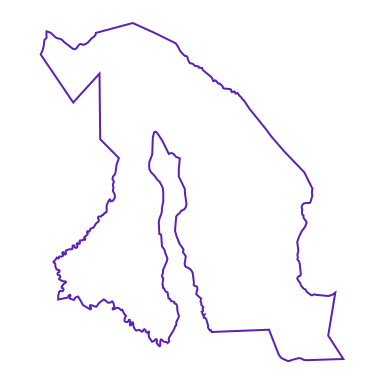 the district of Lucerna, Ocotepeque, Honduras
{"feature_id": "27666195B25716596314577", "entity_name": "Lucerna", "entity_type": "district", "adm_level": 2, "iso_a3": "HND", "parent_name": "Honduras", "parent_adm1": "Ocotepeque", "projection": "equal_earth", "projection_center": [-89.0, 14.594], "detail": "fine", "context": "isolated", "style": "outline", "palette": "violet", "viewbox_px": 384, "rotation_deg": 0, "n_neighbors": 0, "source": "geoboundaries", "source_scale": "gbopen_adm2", "svg_char_len": 5906}
<svg xmlns="http://www.w3.org/2000/svg" viewBox="0 0 384 384"><path d="M312.5,188.8L304.3,172.3L284.2,151.4L271.6,136.8L266.1,129.4L249.5,108.8L243.9,100.4L242.4,99.3L241.3,97.4L239.6,95.9L237.6,93.0L236.5,93.5L235.5,93.5L235.1,92.2L234.3,91.5L233.4,92.0L232.5,91.6L231.9,92.0L231.2,90.9L230.9,89.5L230.5,89.2L223.5,88.4L223.0,87.9L222.7,86.4L219.7,83.5L218.8,83.8L218.2,83.5L215.9,80.6L214.9,80.3L214.0,81.2L213.1,80.9L212.4,78.8L211.6,77.3L203.5,70.6L202.5,69.4L202.1,68.0L198.9,67.6L198.6,66.5L194.8,65.8L193.2,64.1L191.4,63.4L189.8,63.2L187.7,59.1L187.5,57.4L187.1,56.5L186.5,56.1L185.0,56.0L181.7,52.9L179.9,50.5L178.0,46.7L175.7,43.3L155.0,33.1L132.7,23.0L95.9,32.9L95.4,35.1L93.8,36.9L91.8,38.1L88.3,42.2L85.7,44.0L83.9,44.7L82.2,44.6L80.9,44.0L79.3,44.4L76.5,48.2L74.9,49.2L72.9,48.8L64.3,42.2L62.2,40.0L60.2,38.9L57.3,38.2L55.6,37.4L50.7,32.8L46.6,31.3L46.4,34.9L46.6,36.5L46.4,37.9L44.4,40.1L43.8,45.4L42.9,49.5L40.7,54.5L73.2,102.5L99.5,73.6L100.2,139.2L118.9,158.1L116.5,164.8L115.9,170.2L115.2,173.4L114.6,174.8L113.1,176.3L112.6,178.2L112.6,179.7L113.6,180.9L113.9,181.7L113.7,182.5L112.8,184.2L113.4,187.8L112.9,190.9L114.5,194.1L114.9,195.9L114.9,197.4L113.6,199.9L112.1,201.2L110.7,201.3L110.3,200.7L110.3,199.7L109.9,199.4L108.7,200.7L106.6,205.4L106.7,210.1L106.4,212.3L104.6,212.9L103.3,214.9L102.0,215.1L101.0,216.6L99.1,216.4L98.3,216.8L98.0,218.2L99.0,220.1L98.6,221.3L95.9,223.6L93.6,227.5L90.6,228.6L89.4,231.5L88.8,231.7L87.7,231.2L87.2,231.6L87.0,232.4L87.7,233.6L87.6,234.4L84.2,237.3L84.3,238.1L85.2,238.8L85.1,239.7L84.5,239.9L83.4,239.5L81.9,240.5L80.2,240.3L79.6,241.1L79.9,242.8L79.5,243.8L78.8,244.0L77.6,243.1L77.0,243.4L76.7,244.6L77.5,246.3L77.1,247.4L76.1,247.9L75.3,247.8L74.8,247.2L74.2,245.6L73.1,245.4L72.5,246.2L72.6,248.1L72.1,249.1L68.7,249.4L66.1,250.4L65.6,251.5L66.0,253.6L65.3,254.5L64.2,254.1L63.5,252.3L62.7,252.2L62.2,253.3L63.2,254.7L63.0,255.8L61.4,256.6L59.3,256.5L58.9,257.0L58.8,258.1L58.3,258.5L56.8,257.7L55.4,259.9L53.6,261.5L53.6,262.5L54.7,262.9L55.2,263.5L55.4,266.7L56.5,269.1L57.3,269.9L58.9,269.9L59.5,270.7L59.4,271.9L57.9,272.6L57.4,273.7L58.0,275.0L59.5,275.3L60.1,276.1L60.2,277.2L59.2,278.4L59.2,279.3L61.4,280.6L63.5,281.3L65.5,281.4L66.0,282.0L65.7,282.6L63.5,284.1L61.6,286.8L61.8,287.9L62.9,288.2L63.4,288.8L63.5,289.8L63.2,290.7L62.2,291.3L60.3,290.8L59.1,291.9L58.3,295.5L58.2,299.5L67.6,297.6L68.3,296.9L68.9,295.3L69.7,294.8L70.2,295.1L70.5,295.8L69.5,297.3L69.7,298.5L73.5,299.9L74.3,299.6L74.8,298.2L75.6,297.4L78.2,296.6L83.0,305.1L90.2,309.4L90.8,309.1L91.1,308.3L90.8,307.6L89.9,306.5L89.9,305.8L90.2,305.2L91.4,305.2L96.0,306.8L97.6,305.2L99.0,303.0L103.6,299.5L104.3,299.7L108.2,302.8L110.3,302.6L111.8,301.5L112.4,301.4L113.5,303.3L114.3,306.7L113.9,307.7L112.7,308.3L112.8,309.4L113.4,309.4L117.3,307.7L119.3,308.4L121.0,310.2L122.3,309.8L124.2,313.9L125.9,315.6L125.9,316.2L125.0,317.3L124.7,318.6L124.5,320.4L124.9,321.5L126.2,322.0L127.5,322.0L128.3,321.4L128.9,319.9L129.7,319.9L130.1,321.2L129.9,324.9L130.1,325.4L131.6,324.7L132.0,323.9L132.1,322.4L132.8,322.3L133.2,323.2L133.3,325.6L134.0,327.6L135.0,329.4L136.3,330.6L139.1,329.8L140.0,330.1L141.2,331.4L142.2,331.6L142.9,331.1L143.6,329.6L144.5,329.2L145.3,329.8L145.8,331.6L146.5,332.5L147.4,332.6L148.3,331.7L148.9,331.7L149.1,332.6L148.6,334.6L148.9,337.1L152.1,341.8L154.1,340.8L155.6,339.3L156.4,339.2L157.0,340.7L156.6,342.2L156.7,343.1L158.8,345.7L159.7,346.2L160.3,345.4L160.2,342.0L160.5,340.4L160.9,339.5L161.8,339.8L163.4,341.5L166.9,342.3L167.6,343.1L169.3,341.3L168.7,339.5L169.0,337.7L173.0,331.2L174.5,328.3L175.0,326.5L176.2,325.3L176.4,321.7L178.3,318.3L179.0,316.1L177.9,313.0L177.3,309.6L177.2,306.6L176.8,305.2L175.9,303.9L174.5,303.4L174.2,301.9L170.8,300.9L170.2,299.1L168.6,298.5L167.5,292.4L165.6,291.4L164.8,290.3L164.2,288.5L163.1,288.0L162.8,287.0L163.0,285.5L162.4,284.4L163.2,278.9L163.0,278.0L162.2,277.1L162.0,275.8L163.2,271.8L162.8,270.5L166.7,261.6L167.5,258.6L165.5,253.6L164.5,250.1L163.6,248.4L162.4,247.2L162.0,246.2L161.2,235.2L160.6,234.3L159.3,234.0L158.8,222.1L159.5,218.4L161.1,214.6L161.9,211.2L161.9,208.1L163.3,201.2L163.2,191.4L162.8,188.5L162.1,186.4L159.7,182.0L157.5,179.9L155.0,176.4L151.1,172.3L149.5,169.4L149.1,165.5L149.3,162.1L152.0,155.2L152.3,152.8L152.8,137.8L153.5,134.6L154.4,132.0L156.1,131.9L157.5,133.5L162.0,140.1L168.8,153.9L170.7,153.1L173.0,153.5L176.2,156.9L179.8,158.3L178.8,168.8L178.8,176.5L184.8,188.9L184.9,192.9L186.5,203.8L185.8,207.2L184.5,209.1L180.8,211.2L179.7,213.0L177.3,215.0L176.2,216.6L175.0,230.8L176.6,236.3L179.4,243.5L183.4,249.3L183.5,250.3L183.0,251.6L183.1,252.4L185.8,256.3L185.4,258.3L185.2,261.1L184.6,263.4L185.0,265.7L186.0,267.0L188.4,268.0L190.5,269.5L191.7,271.0L192.6,272.6L193.9,282.0L193.7,285.0L195.1,286.2L196.6,286.3L197.3,287.5L197.3,289.4L196.3,293.2L196.3,294.0L197.0,295.0L201.1,298.6L200.5,301.5L201.3,302.8L201.3,304.7L203.3,307.4L202.6,308.3L203.0,310.9L202.4,311.5L201.7,311.7L202.9,314.9L204.6,314.5L203.9,315.8L203.6,317.4L204.1,317.8L205.2,317.9L206.4,319.5L208.2,326.0L208.0,327.5L209.7,330.3L210.8,330.0L211.6,332.0L269.0,329.7L278.7,354.5L280.6,357.3L282.6,358.7L287.8,361.0L289.8,360.9L291.3,360.1L298.9,358.1L302.1,358.8L303.6,359.9L306.1,360.2L343.3,359.0L328.2,335.6L335.3,292.6L332.7,294.6L328.6,296.0L316.5,294.9L314.1,294.3L312.3,295.3L311.2,295.2L307.0,292.0L305.6,289.6L303.9,288.8L302.3,287.2L300.7,285.0L300.1,282.8L298.3,280.6L297.3,278.8L297.7,277.1L298.8,276.2L300.1,275.9L300.8,274.4L299.8,264.1L298.7,260.7L297.7,259.9L297.4,259.3L297.8,257.5L297.4,254.1L298.2,252.2L298.3,250.1L297.2,242.0L298.9,237.0L301.9,230.9L305.0,227.0L306.6,222.6L306.0,221.1L303.9,218.4L303.5,217.3L303.5,215.5L302.5,214.7L302.1,213.9L301.9,211.9L302.3,209.5L301.7,207.8L301.7,206.4L302.4,204.8L303.7,203.5L306.2,203.0L309.3,203.0L310.4,202.3L312.3,195.8L311.9,192.5L312.1,190.3L312.5,188.8Z" fill="none" stroke="#5b21b6" stroke-width="2"/></svg>